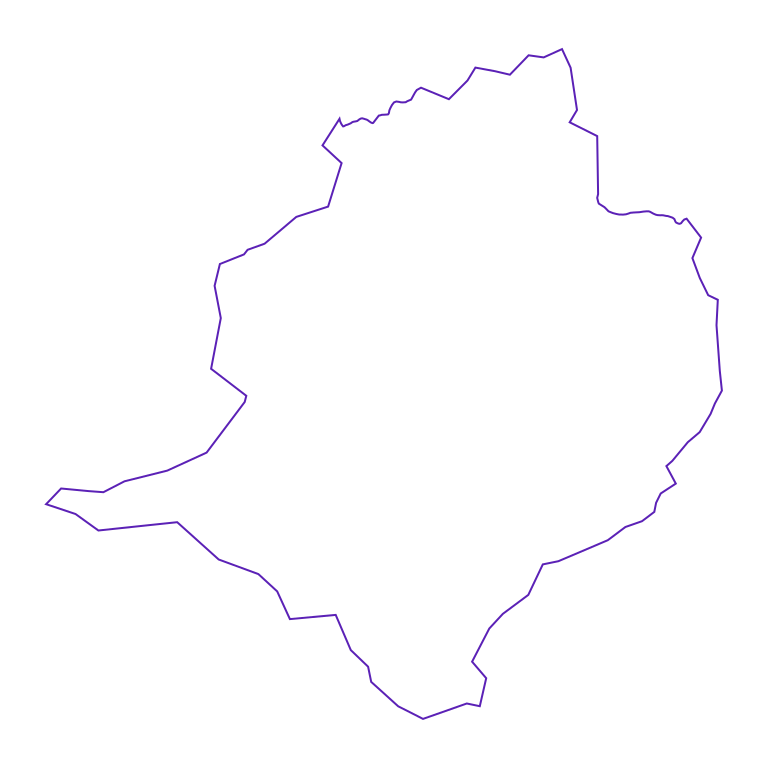 the district of Galuut, Bayanhongor, Mongolia
{"feature_id": "93677404B91735821801074", "entity_name": "Galuut", "entity_type": "district", "adm_level": 2, "iso_a3": "MNG", "parent_name": "Mongolia", "parent_adm1": "Bayanhongor", "projection": "mercator", "projection_center": [100.179, 46.747], "detail": "fine", "context": "isolated", "style": "outline", "palette": "violet", "viewbox_px": 768, "rotation_deg": 0, "n_neighbors": 0, "source": "geoboundaries", "source_scale": "gbopen_adm2", "svg_char_len": 2099}
<svg xmlns="http://www.w3.org/2000/svg" viewBox="0 0 768 768"><path d="M654.3,511.9L656.1,502.8L660.7,493.5L675.8,483.6L666.4,466.1L672.3,460.9L687.8,442.2L699.7,432.1L710.6,413.9L714.9,403.5L721.9,390.6L719.8,370.9L716.5,325.2L717.8,299.8L708.2,295.2L699.8,278.0L692.4,258.1L701.1,237.6L686.6,218.7L684.3,219.5L682.7,221.1L681.1,223.2L679.7,223.8L678.4,223.6L676.2,222.6L675.4,221.6L674.4,219.1L672.6,217.7L670.6,217.0L667.9,216.1L666.0,215.9L663.2,215.3L661.7,215.2L660.5,215.3L657.5,215.1L655.8,214.7L653.3,213.6L650.1,211.8L648.6,211.3L646.8,211.3L643.3,211.6L639.5,212.2L633.7,212.5L630.4,212.8L628.6,213.5L626.0,214.3L623.1,214.6L619.0,214.5L616.0,213.9L613.0,213.1L610.4,212.1L608.5,211.3L606.2,208.9L604.5,207.2L598.8,203.6L598.2,202.0L597.2,197.9L598.1,194.1L597.2,136.1L569.7,122.3L577.0,110.0L570.6,67.7L562.0,49.1L543.7,57.4L528.6,55.3L509.9,74.7L495.0,71.2L475.4,67.6L467.5,80.5L448.9,99.2L421.0,87.7L416.8,90.0L415.1,92.4L413.7,94.9L412.4,97.3L411.1,99.6L409.9,100.1L407.3,101.2L405.7,102.2L402.9,102.4L400.8,102.3L399.2,101.9L396.3,101.5L394.0,102.4L392.0,105.0L390.5,107.8L389.4,110.3L388.9,113.1L388.2,114.3L387.3,114.5L384.3,114.7L381.8,114.8L380.3,115.3L378.8,115.6L373.2,122.9L372.5,123.1L371.1,122.6L369.2,121.3L367.6,120.1L366.6,119.6L365.2,119.2L363.7,118.7L362.1,118.3L360.7,118.6L359.3,119.4L357.3,121.0L355.6,121.4L353.7,121.7L352.4,122.1L350.7,123.3L347.7,124.6L345.7,125.2L343.8,126.3L343.1,126.4L342.0,125.0L341.2,123.7L340.0,121.1L339.5,118.8L322.5,145.4L341.6,163.1L328.1,206.6L296.3,216.9L264.6,243.7L247.6,249.8L244.0,254.4L219.9,264.0L214.6,285.8L220.8,318.1L211.1,368.8L246.3,395.8L244.7,402.0L206.6,452.6L167.3,470.6L124.5,481.3L103.4,492.2L88.6,491.1L61.1,488.5L46.1,504.2L75.5,514.0L98.4,530.5L148.5,525.2L177.2,522.2L200.9,543.5L218.7,559.5L258.4,574.1L277.2,591.4L289.9,619.1L335.7,614.9L350.8,650.1L368.1,666.7L371.2,681.9L398.2,706.3L423.0,718.9L466.8,703.5L479.8,706.2L486.2,678.2L472.1,661.7L489.3,628.5L502.9,613.8L528.3,594.9L542.8,564.4L558.4,561.2L607.8,540.2L625.4,527.0L642.0,521.2L654.3,511.9Z" fill="none" stroke="#5b21b6" stroke-width="2"/></svg>